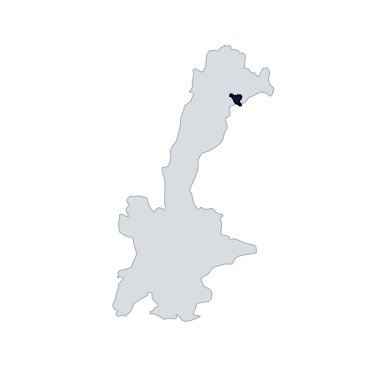 Sanasomboon, Champasak, Laos shown in context, rotated 237°
{"feature_id": "54806243B13253322740036", "entity_name": "Sanasomboon", "entity_type": "district", "adm_level": 2, "iso_a3": "LAO", "parent_name": "Laos", "parent_adm1": "Champasak", "projection": "mercator", "projection_center": [105.689, 15.318], "detail": "fine", "context": "in_parent", "style": "filled", "palette": "ink", "viewbox_px": 384, "rotation_deg": 237, "n_neighbors": 0, "source": "geoboundaries", "source_scale": "gbopen_adm2", "svg_char_len": 6087}
<svg xmlns="http://www.w3.org/2000/svg" viewBox="0 0 384 384"><g transform="rotate(237 192 192)"><path d="M141.2,65.0L142.8,67.9L150.3,76.0L151.6,78.1L154.4,79.8L156.7,86.9L157.6,87.3L158.9,86.8L159.8,85.9L160.6,83.1L161.1,82.8L162.0,85.1L164.1,85.7L165.0,86.7L165.3,88.4L164.9,90.2L163.2,94.2L162.1,99.6L169.5,111.2L172.5,112.8L179.8,114.7L184.8,117.3L187.1,116.6L189.3,113.8L191.9,112.2L196.9,109.7L198.3,109.6L201.0,110.6L205.5,113.4L212.2,118.8L212.0,120.3L210.8,121.7L207.1,123.8L206.0,125.2L206.7,125.7L209.7,126.0L213.3,127.2L214.3,128.6L214.9,131.8L215.6,132.4L218.9,132.1L219.9,132.5L221.1,133.6L222.2,136.2L222.2,138.2L218.9,141.7L218.5,143.8L216.8,146.3L212.4,150.5L211.2,150.7L202.9,148.4L196.3,148.8L195.7,149.6L196.8,152.2L197.2,154.7L196.2,156.6L192.4,159.0L192.2,160.1L193.0,161.2L198.5,163.5L216.1,175.5L224.1,177.8L227.6,179.3L228.5,180.1L228.5,181.2L227.6,182.5L226.8,184.8L226.8,186.2L227.6,187.6L229.0,189.6L233.9,194.2L237.5,195.3L241.3,200.4L242.4,205.0L244.3,207.9L253.4,217.7L261.0,223.7L265.5,230.2L267.7,231.7L268.4,234.0L269.0,240.8L271.6,244.2L272.2,245.6L273.3,246.6L274.6,246.8L277.3,244.6L277.8,244.9L279.0,248.5L280.1,249.8L284.1,252.0L288.4,256.3L290.7,257.9L293.6,259.1L294.0,260.5L293.5,261.9L292.5,262.8L287.6,265.3L286.9,266.4L290.2,271.9L298.4,278.7L301.0,282.8L300.4,284.8L298.2,288.7L296.5,289.8L296.0,291.1L297.3,294.3L297.1,299.3L295.6,300.5L294.1,303.5L293.1,303.8L290.6,302.6L285.3,307.9L283.0,307.6L280.3,310.6L276.9,310.9L274.5,308.8L269.5,305.3L267.7,303.1L266.1,305.0L263.5,306.8L259.7,306.1L258.7,308.7L258.0,309.2L253.4,309.7L252.6,310.1L253.3,312.5L256.0,316.5L256.8,318.9L255.1,322.7L250.4,322.6L248.3,321.0L245.7,317.8L239.6,315.7L235.6,317.1L234.4,317.1L231.4,314.3L230.3,312.6L229.6,310.0L234.2,307.9L236.5,306.3L238.0,304.5L238.7,302.7L239.4,295.1L240.1,292.5L239.7,289.2L238.5,286.6L238.5,282.8L239.1,279.6L240.9,278.1L242.1,275.8L242.8,270.8L242.3,269.5L240.5,268.2L237.6,267.0L235.8,265.6L235.1,263.8L235.1,262.2L236.0,260.8L233.8,259.3L228.6,257.6L225.6,255.6L225.0,253.3L222.8,250.2L219.1,246.4L217.1,240.9L216.9,233.8L217.3,227.9L219.0,221.2L216.7,216.3L214.3,213.7L211.0,211.8L207.7,209.1L204.7,205.5L201.0,200.3L196.8,193.4L193.9,190.2L192.4,191.0L189.3,190.3L184.6,188.3L180.5,187.2L177.0,187.1L174.8,187.5L173.7,188.6L173.6,189.6L174.5,190.7L174.0,191.5L172.2,192.1L170.7,193.2L169.1,195.7L167.9,199.1L166.2,200.4L163.5,200.6L160.9,201.6L158.3,203.2L157.0,204.5L157.2,205.3L156.6,205.5L155.3,205.0L154.8,203.9L154.8,202.2L153.5,201.0L150.8,200.4L147.7,198.5L141.8,193.7L140.4,193.5L138.5,194.8L136.0,197.5L133.9,198.5L132.3,198.0L131.0,198.9L130.1,201.4L128.5,203.3L120.6,208.5L113.4,215.2L111.6,215.8L107.3,213.9L105.9,212.6L111.9,198.9L112.8,195.6L112.6,191.2L110.1,187.6L109.9,186.5L110.3,185.4L113.4,181.1L116.9,170.1L116.7,166.7L115.1,163.0L114.3,159.4L115.0,154.5L114.7,152.6L113.1,151.7L107.6,150.7L104.5,151.5L103.0,152.8L101.2,153.7L97.8,154.1L94.5,152.5L91.8,149.7L91.2,146.3L94.5,138.9L95.4,136.0L95.3,134.7L94.7,133.3L93.9,133.1L92.1,131.4L90.5,128.3L88.9,126.9L87.4,127.1L86.0,128.3L83.7,131.2L83.0,130.8L85.0,120.6L86.9,116.2L89.1,114.2L91.5,113.4L93.9,113.7L96.0,113.3L97.7,112.2L97.5,111.6L95.6,111.5L94.8,110.3L95.2,108.1L96.1,106.7L97.4,106.1L98.7,103.8L100.0,100.1L101.6,98.2L103.4,98.1L106.5,96.5L110.9,93.3L112.6,90.3L114.3,91.7L113.7,95.2L114.5,96.0L115.0,97.3L114.7,99.3L115.1,101.0L115.8,101.8L116.7,102.2L121.4,100.7L124.3,100.6L129.0,103.2L131.7,101.3L131.8,100.6L129.5,98.1L130.2,89.1L129.9,82.2L126.0,77.1L125.2,75.1L124.8,71.7L123.8,68.9L126.5,66.6L128.0,62.4L130.0,61.3L130.6,61.5L132.9,64.7L135.9,63.1L138.2,63.1L140.2,63.9L141.2,65.0Z" fill="#d9dde1" stroke="#a8b0b8" stroke-width="1"/><path d="M253.0,277.8L253.0,277.6L252.9,277.5L252.9,277.3L252.8,277.2L252.8,276.9L252.7,276.8L252.6,276.6L252.3,276.4L252.1,276.3L252.0,276.2L251.9,276.2L251.7,276.0L251.5,276.3L251.4,276.6L251.4,276.8L251.2,276.9L251.0,277.0L250.8,277.1L250.7,277.2L250.2,277.0L249.9,277.0L249.8,276.9L249.5,276.9L249.4,277.0L249.2,277.0L248.9,277.2L248.6,277.1L248.4,277.1L248.2,277.1L247.9,277.1L247.5,277.4L247.4,277.5L247.2,277.6L247.0,277.4L246.9,277.3L246.9,277.2L246.6,277.1L246.4,277.2L246.1,277.1L246.0,276.9L245.9,276.8L245.8,276.7L245.7,276.7L245.7,276.8L245.5,277.0L245.4,277.0L245.2,277.1L244.9,277.3L244.7,277.3L244.5,277.2L244.4,277.2L244.2,277.1L243.9,277.0L243.9,276.9L243.8,276.7L243.8,276.8L243.7,276.8L243.7,276.7L243.4,276.7L243.4,276.8L243.2,276.8L242.9,276.8L242.7,277.0L242.7,276.9L242.7,277.0L242.4,277.1L242.3,277.3L242.2,277.3L241.9,277.4L241.9,277.5L241.7,277.5L241.4,277.7L241.3,277.8L241.2,277.9L241.2,278.0L240.9,278.3L240.5,278.4L240.5,278.5L240.4,278.5L240.2,278.5L239.9,278.7L239.7,278.7L239.4,278.6L239.1,278.7L238.9,278.8L238.7,278.8L238.4,279.0L238.1,279.3L237.9,279.6L237.8,279.8L237.8,280.0L237.9,280.3L238.0,280.4L238.2,280.5L238.3,280.5L238.5,280.6L238.7,280.8L238.8,280.8L238.8,281.0L239.0,281.0L239.2,280.9L239.3,280.8L239.5,280.8L239.5,280.7L239.5,280.8L239.9,280.7L240.0,280.7L240.1,280.8L240.4,280.8L240.6,280.7L240.8,280.7L241.0,280.6L241.3,280.5L241.5,280.5L241.8,280.6L242.0,280.7L242.1,280.8L242.2,281.0L242.3,281.1L242.5,281.3L242.9,281.5L243.0,281.6L243.1,281.8L243.3,282.0L243.3,282.4L243.3,282.5L243.2,282.8L243.2,283.0L243.3,283.2L243.3,283.4L243.4,283.5L243.5,283.7L243.5,283.8L243.6,284.0L243.8,284.2L243.8,284.3L243.9,284.5L244.0,284.6L244.3,284.7L244.4,284.8L244.5,284.8L244.6,285.0L244.8,285.0L245.0,285.2L245.1,285.3L245.1,285.5L245.3,285.8L246.2,285.2L246.4,285.0L246.5,285.0L247.0,285.2L247.3,285.2L247.5,284.5L247.5,284.4L247.6,284.1L247.7,283.9L247.8,283.7L248.0,283.5L248.2,283.4L248.5,283.3L248.5,283.2L248.3,282.8L248.3,282.7L248.2,282.6L248.2,282.2L248.2,281.9L248.2,281.7L248.3,281.6L248.5,281.4L248.9,281.2L249.4,280.8L249.4,280.7L249.4,280.3L249.4,280.2L249.5,280.0L249.5,279.9L249.8,279.8L249.9,279.7L250.1,279.6L250.8,279.2L251.0,279.1L251.3,279.1L251.6,279.0L251.7,278.9L251.8,278.9L252.1,278.9L252.3,278.8L252.4,278.7L252.5,278.5L252.5,278.4L252.8,278.0L252.8,277.9L253.0,277.8Z" fill="#0f172a" stroke="#020617" stroke-width="1.5"/></g></svg>